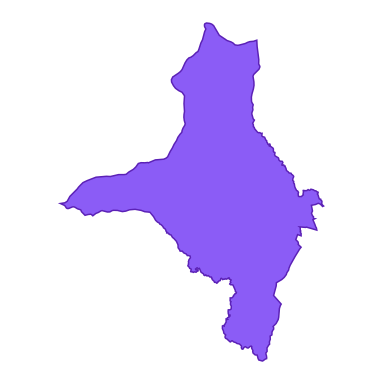 Apía, Risaralda, Colombia
{"feature_id": "7082276B94822224819710", "entity_name": "Apía", "entity_type": "district", "adm_level": 2, "iso_a3": "COL", "parent_name": "Colombia", "parent_adm1": "Risaralda", "projection": "natural_earth1", "projection_center": [-75.959, 5.139], "detail": "fine", "context": "isolated", "style": "filled", "palette": "violet", "viewbox_px": 384, "rotation_deg": 0, "n_neighbors": 0, "source": "geoboundaries", "source_scale": "gbopen_adm2", "svg_char_len": 6048}
<svg xmlns="http://www.w3.org/2000/svg" viewBox="0 0 384 384"><path d="M323.6,206.0L322.3,204.8L321.7,203.3L322.0,201.8L321.7,200.8L321.0,200.3L320.7,199.2L319.4,199.0L318.6,197.0L318.2,195.2L317.4,194.0L318.2,192.8L318.0,192.1L316.8,191.7L316.0,190.9L314.7,190.7L313.3,189.8L310.9,189.2L310.2,190.0L309.4,190.3L308.1,189.6L307.0,190.5L305.6,190.7L303.3,190.4L303.1,190.9L303.6,191.5L303.1,193.4L303.3,194.9L302.7,195.1L301.6,196.5L299.1,196.6L298.4,196.1L298.1,193.6L298.5,192.8L298.4,192.2L297.6,191.0L296.6,190.5L295.3,188.1L294.7,186.5L294.3,183.8L293.6,183.0L293.7,181.3L292.7,180.5L292.9,178.5L293.7,176.7L293.5,176.0L292.5,174.9L291.6,174.3L291.1,173.3L289.0,172.9L288.4,172.0L286.5,170.5L285.9,168.1L285.5,167.5L285.0,166.0L284.4,166.1L283.7,164.9L282.4,165.3L282.0,165.2L282.0,164.2L282.9,162.7L282.4,161.5L281.9,161.2L280.7,161.4L280.0,161.0L278.8,159.8L278.6,158.3L278.2,157.7L275.1,155.9L274.6,154.6L275.0,152.8L274.7,152.3L273.8,152.1L273.4,151.5L273.4,149.0L273.0,148.1L270.8,146.5L269.3,146.0L269.3,145.6L270.2,145.2L269.9,144.1L269.4,144.0L268.4,144.6L267.9,144.2L267.4,142.8L266.8,142.2L266.7,140.7L265.8,140.0L264.6,137.2L262.6,136.6L261.8,135.8L262.1,133.3L260.8,133.4L259.9,132.6L258.5,132.7L257.6,132.3L254.6,128.7L254.2,127.3L253.4,126.7L253.4,124.9L252.7,123.2L254.4,120.1L253.2,118.9L251.8,114.0L251.9,112.7L252.9,109.9L252.6,107.2L253.2,104.8L251.8,102.3L251.5,101.1L251.4,97.0L252.0,93.8L253.4,88.9L254.0,85.3L253.9,81.9L253.0,76.2L253.7,74.5L259.0,69.2L259.9,66.9L259.7,65.9L258.7,64.1L258.8,59.6L257.1,46.3L256.8,40.2L253.5,41.3L249.9,41.6L247.5,42.4L245.3,43.5L239.1,45.1L237.6,45.3L235.0,44.9L233.0,43.0L231.0,41.9L227.0,40.5L219.3,35.3L213.6,25.6L211.7,24.1L209.8,23.4L206.5,23.0L204.9,23.7L204.4,24.9L204.6,26.7L205.8,28.9L205.7,29.4L204.7,31.5L202.5,39.8L200.9,43.0L198.9,49.3L197.9,51.6L196.3,52.5L193.1,55.7L190.9,57.2L188.9,57.9L186.9,59.9L185.1,62.8L182.1,69.5L180.5,71.5L178.4,73.2L172.8,76.9L171.4,79.7L171.6,82.1L173.5,85.7L175.5,88.3L178.7,90.6L182.1,92.3L184.5,95.8L184.0,103.6L184.5,111.5L184.0,114.6L183.9,117.3L184.3,120.6L185.2,123.6L184.8,125.2L183.0,128.2L182.1,130.5L181.8,132.3L180.0,134.3L177.9,137.3L176.5,140.6L174.1,144.3L172.3,148.1L170.2,151.5L167.6,156.9L165.8,158.3L163.7,159.2L155.3,159.9L148.4,162.8L147.6,162.5L144.7,162.8L141.0,162.7L138.3,163.5L135.8,167.0L133.4,169.3L128.7,172.1L126.2,174.3L124.0,174.6L118.6,174.6L110.4,176.5L106.4,176.3L96.0,177.2L87.2,180.6L83.0,182.6L80.4,185.2L78.5,187.2L77.3,188.9L69.9,196.4L67.2,201.3L64.8,202.8L60.4,203.5L64.7,205.5L66.4,208.0L67.2,208.5L68.6,208.5L72.5,206.9L73.7,206.8L74.9,207.2L77.5,208.8L80.3,209.7L80.9,210.1L81.5,211.7L85.0,215.3L88.1,214.5L90.7,214.2L91.5,214.6L92.8,215.8L95.9,213.4L98.5,212.4L100.9,210.9L102.1,210.6L107.4,212.0L109.9,211.9L112.1,210.6L113.6,210.3L117.4,210.4L122.4,211.6L125.8,211.1L129.5,209.8L135.1,209.3L141.2,210.4L144.7,211.7L149.9,212.2L153.6,216.7L155.6,220.3L157.5,222.1L159.1,222.9L160.0,224.3L161.1,224.6L162.9,226.5L163.5,227.8L164.9,228.7L165.7,229.9L166.1,231.3L166.7,231.7L166.7,232.9L167.8,232.8L168.5,233.9L169.2,233.9L169.9,234.7L171.0,234.9L172.5,237.4L173.9,238.5L176.4,241.3L178.0,244.8L178.1,247.8L179.5,249.7L180.1,251.1L182.4,251.2L183.6,252.8L186.4,254.1L187.3,255.6L188.3,255.5L190.2,256.1L190.4,257.7L189.0,259.6L188.4,261.7L188.6,262.7L188.4,263.5L188.6,264.0L187.9,265.5L188.1,266.2L189.2,267.2L189.7,268.4L190.9,268.9L191.2,269.4L190.7,271.6L190.9,271.8L192.6,271.9L193.2,272.4L194.4,271.9L196.1,272.2L197.1,271.3L198.1,270.9L198.1,270.5L198.0,270.0L195.7,269.7L195.5,269.0L196.9,267.9L197.4,267.9L198.2,268.9L199.4,268.4L201.1,272.3L203.4,273.8L204.0,275.2L204.9,275.6L205.8,274.9L207.0,276.0L208.3,275.6L209.9,277.0L211.4,277.1L211.7,277.5L211.6,278.2L212.2,278.9L212.2,279.5L214.1,281.3L214.5,282.3L215.6,282.3L216.8,283.2L217.4,282.8L217.7,282.0L218.4,281.8L219.1,280.8L220.2,280.6L220.8,278.6L221.2,278.3L221.6,278.4L222.7,279.6L223.8,279.1L224.7,279.2L225.2,278.7L226.2,279.2L227.1,278.7L228.0,278.8L228.2,278.0L229.0,277.8L229.3,278.1L229.7,279.3L231.0,279.8L231.0,280.3L230.3,281.3L230.8,282.5L230.0,283.3L229.7,284.0L230.5,284.7L232.2,284.8L233.0,285.1L235.2,290.1L235.4,291.6L236.4,292.3L236.2,293.1L235.7,293.6L235.0,293.7L234.5,294.6L233.5,295.4L233.5,296.3L231.8,297.9L230.2,297.9L230.1,300.9L231.0,301.7L230.5,302.7L230.5,304.6L231.3,306.1L231.2,308.7L230.8,309.3L229.8,309.8L228.3,309.8L228.1,311.1L228.3,313.9L228.7,314.5L228.8,315.5L229.0,315.1L230.0,315.1L230.0,316.0L229.4,316.2L228.9,317.2L227.5,317.7L226.9,318.7L227.6,319.4L226.6,319.6L226.4,318.9L226.1,318.9L226.1,322.2L225.3,323.4L224.8,324.5L224.4,324.8L224.2,326.1L223.1,325.6L222.4,326.0L222.4,328.7L223.5,331.1L223.8,333.1L225.7,335.0L225.1,336.1L225.1,337.5L225.7,338.4L226.6,338.7L230.0,341.8L230.6,341.9L231.5,340.9L232.3,340.8L233.8,342.0L235.6,342.5L237.0,343.5L239.5,344.0L241.3,345.8L241.5,346.6L241.3,347.7L241.8,348.9L242.5,349.2L243.2,348.9L243.9,347.5L244.7,346.9L245.4,346.7L247.2,347.9L248.2,348.0L250.4,346.3L251.1,346.1L251.7,346.5L251.7,348.3L252.9,350.5L252.7,351.6L253.1,353.1L255.1,354.9L257.2,355.1L258.1,358.6L258.8,360.0L262.3,361.0L262.8,360.9L265.6,358.9L266.6,358.7L266.7,357.6L266.4,355.5L266.0,354.4L265.9,353.0L267.1,351.4L267.0,347.9L268.7,345.1L269.6,344.2L269.4,341.9L270.3,339.2L270.1,336.1L271.9,334.9L272.0,332.0L272.8,330.3L273.6,329.3L273.7,327.9L273.1,326.5L276.1,323.5L278.2,319.6L278.7,317.3L279.4,308.6L280.3,305.7L281.2,304.1L273.6,295.5L276.2,285.9L276.4,282.7L281.7,279.6L284.2,277.4L286.3,274.6L286.8,272.8L288.6,270.1L289.0,268.1L290.2,265.2L295.0,256.6L299.6,249.1L301.1,247.2L298.2,244.4L298.4,243.4L298.0,241.9L295.8,239.6L297.6,234.6L301.1,235.8L301.1,233.4L300.5,232.5L300.6,231.6L300.3,231.3L300.7,230.9L300.3,230.1L300.2,227.4L299.6,226.9L305.6,227.4L306.4,227.1L316.8,230.1L316.4,227.9L315.6,226.6L315.2,225.2L312.9,219.7L314.9,218.7L313.7,218.5L313.3,218.0L313.5,216.8L312.4,215.6L311.5,213.2L312.5,211.0L311.4,205.3L315.5,204.5L318.2,203.3L319.7,203.8L320.6,204.4L322.6,206.5L323.6,206.0Z" fill="#8b5cf6" stroke="#5b21b6" stroke-width="1.5"/></svg>